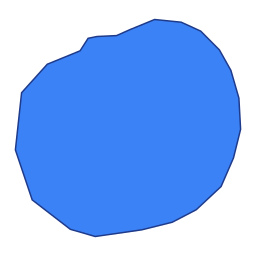 outline of Aba, Orientale, Democratic Republic of the Congo
{"feature_id": "63176286B20411552692002", "entity_name": "Aba", "entity_type": "district", "adm_level": 2, "iso_a3": "COD", "parent_name": "Democratic Republic of the Congo", "parent_adm1": "Orientale", "projection": "orthographic", "projection_center": [30.241, 3.859], "detail": "fine", "context": "isolated", "style": "filled", "palette": "blue", "viewbox_px": 256, "rotation_deg": 0, "n_neighbors": 0, "source": "geoboundaries", "source_scale": "gbopen_adm2", "svg_char_len": 396}
<svg xmlns="http://www.w3.org/2000/svg" viewBox="0 0 256 256"><path d="M80.1,50.8L47.3,64.2L21.6,92.7L15.4,149.9L32.2,199.9L70.3,229.3L95.2,236.5L141.9,229.8L172.3,222.2L196.3,209.7L221.1,186.5L233.5,157.9L240.6,129.3L238.9,98.1L230.9,70.4L219.4,49.9L200.7,31.1L181.2,22.2L154.6,19.5L130.7,29.3L116.5,35.6L97.0,36.5L88.1,38.3L80.1,50.8Z" fill="#3b82f6" stroke="#1e3a8a" stroke-width="1.5"/></svg>